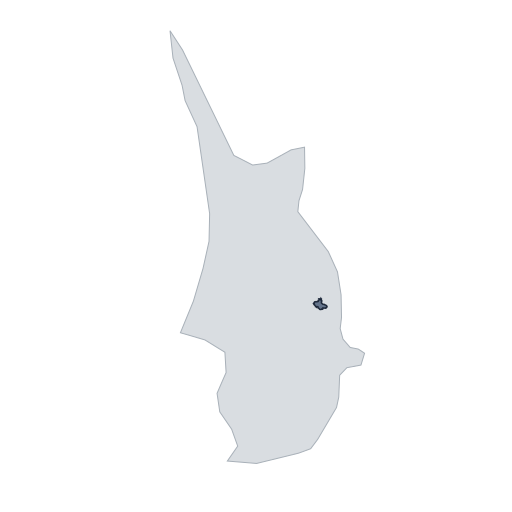 Vasa Kellakiou, Limassol, Cyprus shown in context, rotated 280°
{"feature_id": "46923920B10749704770194", "entity_name": "Vasa Kellakiou", "entity_type": "district", "adm_level": 2, "iso_a3": "CYP", "parent_name": "Cyprus", "parent_adm1": "Limassol", "projection": "albers", "projection_center": [33.23, 34.801], "detail": "fine", "context": "in_parent", "style": "filled", "palette": "slate", "viewbox_px": 512, "rotation_deg": 280, "n_neighbors": 0, "source": "geoboundaries", "source_scale": "gbopen_adm2", "svg_char_len": 2361}
<svg xmlns="http://www.w3.org/2000/svg" viewBox="0 0 512 512"><g transform="rotate(280 256 256)"><path d="M366.6,272.1L371.6,284.9L350.7,288.9L329.6,290.3L317.9,288.7L306.9,289.5L272.9,326.4L254.5,339.0L232.6,346.5L210.3,350.9L199.1,351.5L189.2,356.1L182.3,364.6L182.1,372.9L179.1,379.8L166.8,378.3L161.8,364.9L153.1,359.1L131.4,362.0L120.8,361.6L86.2,348.6L75.7,343.3L69.3,332.3L51.8,292.6L49.1,263.4L65.6,271.0L81.2,262.1L96.2,247.4L114.0,241.5L125.0,244.1L136.0,246.8L155.8,242.1L164.5,220.2L167.3,194.9L200.7,202.2L234.6,206.0L262.3,207.2L289.6,203.0L373.1,175.5L396.7,159.2L411.2,153.6L436.5,139.9L462.9,132.2L446.1,147.9L351.2,216.7L345.0,236.9L349.4,250.8L363.0,267.7L366.6,272.1Z" fill="#d9dde1" stroke="#a8b0b8" stroke-width="1"/><path d="M218.8,321.1L218.9,321.4L218.8,321.6L218.6,321.6L218.5,321.9L218.2,321.9L217.9,322.0L217.8,322.3L217.7,322.5L217.1,323.0L217.0,323.3L216.9,323.6L216.6,323.6L216.7,323.9L216.4,324.2L216.2,324.4L216.5,324.5L216.7,324.9L216.4,325.0L216.1,324.9L216.3,325.1L216.5,325.4L216.6,325.7L216.6,326.0L216.3,326.1L216.0,326.2L215.6,326.2L215.5,326.6L215.4,326.9L215.2,327.3L214.9,327.6L214.6,327.8L214.5,328.0L214.5,328.5L214.5,328.9L214.6,329.2L214.7,329.5L215.0,329.8L215.3,330.0L215.0,330.4L215.1,330.7L215.4,331.0L215.8,331.1L216.2,331.1L216.5,331.0L216.7,333.8L217.1,333.7L217.3,333.8L217.5,334.1L218.2,334.8L218.6,334.7L218.9,334.5L219.2,334.2L219.4,334.0L219.4,333.7L219.6,333.4L219.8,333.1L219.8,332.7L219.8,332.4L220.0,332.0L220.2,331.7L220.2,331.4L220.1,330.9L220.1,330.5L220.1,330.1L220.4,329.7L220.6,329.4L220.8,329.0L220.9,328.7L221.3,328.5L221.6,328.6L221.9,328.4L222.3,328.6L222.8,328.3L223.2,328.6L223.5,328.5L223.8,328.2L224.1,328.0L224.6,327.9L225.0,327.6L225.3,327.5L225.4,327.4L225.2,327.4L224.9,327.4L224.9,327.5L224.7,327.4L224.4,327.4L224.4,327.2L224.5,326.9L224.8,326.6L224.9,326.4L224.9,326.2L224.7,325.9L224.7,325.7L224.5,325.9L224.3,325.8L224.2,325.8L224.0,326.0L224.0,325.8L224.0,325.7L223.9,325.7L223.7,325.8L223.6,325.7L223.4,325.3L223.4,325.2L223.2,325.0L222.7,325.1L222.4,325.0L222.2,325.2L221.9,325.0L221.8,324.8L221.7,324.6L221.8,324.3L221.8,324.1L221.7,324.0L221.6,323.7L221.3,323.3L221.2,322.9L221.2,322.4L221.3,322.3L221.1,321.9L220.9,321.6L220.4,321.5L219.9,321.5L219.7,321.3L219.6,321.0L219.2,320.8L219.0,321.0L218.8,321.1Z" fill="#64748b" stroke="#1e293b" stroke-width="1.5"/></g></svg>